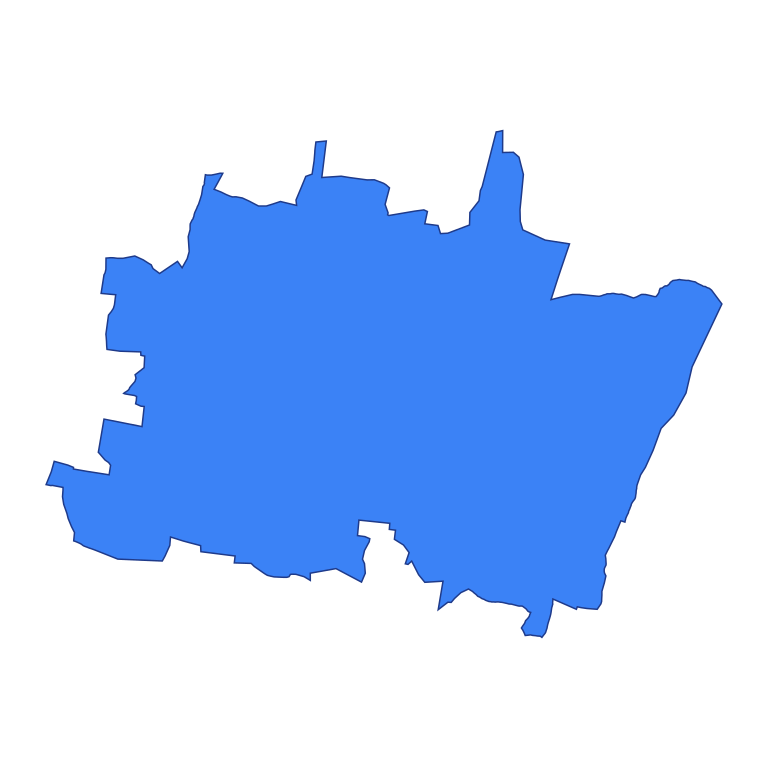 outline of Teabo, Yucatán, Mexico
{"feature_id": "50627088B52982407932693", "entity_name": "Teabo", "entity_type": "district", "adm_level": 2, "iso_a3": "MEX", "parent_name": "Mexico", "parent_adm1": "Yucatán", "projection": "robinson", "projection_center": [-89.217, 20.381], "detail": "fine", "context": "isolated", "style": "filled", "palette": "blue", "viewbox_px": 768, "rotation_deg": 0, "n_neighbors": 0, "source": "geoboundaries", "source_scale": "gbopen_adm2", "svg_char_len": 5699}
<svg xmlns="http://www.w3.org/2000/svg" viewBox="0 0 768 768"><path d="M315.9,142.0L314.9,150.3L314.8,152.4L314.1,160.9L312.1,174.1L305.8,176.4L301.6,186.6L296.0,200.0L296.6,205.4L280.4,201.5L273.2,203.9L266.4,206.0L261.4,206.0L258.5,206.0L249.1,201.1L242.4,198.0L236.0,196.8L232.4,196.9L229.9,196.1L226.3,194.6L221.2,192.1L217.7,190.7L214.1,189.3L217.7,182.8L219.8,178.9L221.6,175.6L222.8,173.3L220.2,173.2L216.7,174.0L214.3,174.5L211.3,175.1L207.1,175.1L205.4,174.7L204.3,182.7L204.5,183.4L203.9,185.2L202.9,186.4L201.6,194.7L200.1,199.6L198.5,204.4L197.2,206.9L197.0,207.7L194.8,212.5L194.2,214.4L193.8,216.7L193.3,217.6L193.1,218.7L192.7,219.2L192.1,220.0L190.2,223.9L190.1,225.7L190.1,229.6L188.2,236.7L189.2,251.6L187.2,258.7L182.1,267.8L177.5,261.4L159.6,273.5L153.0,268.6L151.2,264.8L149.1,263.6L148.3,263.1L147.0,262.3L143.3,259.9L134.8,256.0L123.0,258.3L122.4,258.3L117.6,258.3L113.5,257.8L110.8,257.7L106.0,258.1L105.9,269.2L105.2,272.4L104.7,273.6L104.5,273.9L104.0,274.8L101.1,293.4L111.8,294.4L115.7,294.7L115.1,299.5L114.9,301.3L114.4,305.0L113.4,308.3L111.3,311.6L108.5,315.1L105.9,334.2L106.2,337.1L106.5,341.4L106.7,346.1L107.0,349.4L120.0,351.2L140.7,351.9L140.9,355.3L142.6,355.7L144.7,356.1L144.1,367.7L135.1,374.7L136.0,378.1L135.0,381.4L131.0,386.0L129.7,387.6L129.2,389.0L128.1,390.3L126.3,391.6L124.6,392.6L123.7,393.4L125.0,393.9L134.5,395.5L136.6,396.5L136.3,400.4L135.6,403.8L141.0,406.2L144.2,406.5L142.0,426.6L104.0,419.1L98.9,449.0L98.3,452.3L98.9,452.9L105.0,460.0L108.6,462.5L110.6,465.2L109.1,474.8L89.3,471.7L87.8,471.5L73.4,469.0L73.5,467.4L67.9,465.1L54.2,461.3L51.3,471.7L46.1,484.6L50.9,485.6L52.3,485.4L63.0,487.4L63.0,490.1L62.5,496.7L63.7,504.3L66.9,513.4L68.2,518.6L71.5,526.6L74.5,532.5L73.7,540.9L75.3,541.4L77.7,542.4L79.5,543.2L81.2,544.1L81.9,544.6L82.5,545.1L83.5,545.8L84.2,546.1L85.2,546.5L86.6,547.0L89.4,548.1L90.7,548.5L92.4,549.1L93.8,549.6L96.9,550.8L117.8,559.1L162.3,561.0L165.1,555.9L165.9,554.1L169.8,545.4L170.5,537.0L176.3,538.8L183.2,541.0L189.5,542.7L200.6,545.6L200.9,551.7L235.1,556.0L234.3,562.9L251.2,563.4L254.3,566.5L264.5,573.6L267.3,575.3L270.4,576.1L274.1,576.9L283.3,577.3L286.9,577.3L289.0,576.7L290.4,574.4L291.9,574.2L295.9,574.3L304.1,576.7L310.3,580.4L310.3,573.2L336.0,568.6L361.5,582.1L365.3,573.2L364.5,563.6L362.5,559.2L364.5,550.5L369.2,541.8L369.8,538.7L364.9,536.6L357.5,535.6L358.8,521.5L358.9,520.1L389.8,523.3L389.3,529.4L395.5,530.2L394.4,539.3L403.5,545.0L409.1,552.6L405.3,563.8L408.0,564.4L411.7,561.1L418.6,574.7L424.8,582.3L443.0,581.2L438.2,609.7L447.9,602.2L451.2,602.4L454.5,598.5L460.9,592.6L463.5,591.4L468.5,589.0L470.6,590.3L472.6,591.5L473.7,592.6L476.1,594.5L477.8,596.3L479.7,597.1L480.0,597.3L481.9,598.6L483.0,599.0L484.2,599.4L485.6,600.3L488.9,601.5L490.8,601.7L491.9,602.0L493.2,601.9L495.3,602.1L497.2,601.9L498.3,601.9L500.4,602.2L501.6,602.3L502.8,602.5L505.4,603.1L507.2,603.5L508.9,604.0L510.5,604.1L511.2,604.1L511.3,604.1L518.1,605.9L519.2,606.1L521.1,606.0L522.5,606.2L526.0,608.8L528.0,611.3L529.3,612.0L530.7,612.4L529.7,614.8L529.3,616.3L527.7,618.5L525.6,620.6L524.6,623.3L522.6,626.1L521.4,628.0L521.8,628.7L522.4,629.5L523.0,630.5L524.2,633.0L525.2,635.5L527.2,635.3L528.1,635.2L530.5,634.9L532.6,635.4L535.7,635.7L537.3,636.0L540.2,636.2L541.1,636.8L541.9,637.4L543.4,635.4L545.1,633.3L545.7,632.2L546.2,630.5L547.0,628.2L547.3,626.5L547.7,624.6L548.3,622.5L549.5,618.7L550.3,615.9L550.7,614.3L551.0,612.7L551.7,607.8L552.3,605.8L552.5,604.9L552.8,604.1L552.6,602.9L552.8,600.7L552.9,599.0L576.4,609.3L577.3,606.8L580.9,607.6L587.0,608.5L597.2,609.3L600.9,603.9L601.6,601.5L601.7,598.5L601.9,595.0L601.9,591.3L603.6,585.4L604.3,583.1L605.9,575.9L604.5,573.0L604.2,571.2L604.2,569.9L604.4,568.4L605.1,566.9L606.0,565.1L606.1,563.8L605.8,558.6L605.3,555.2L606.8,552.1L607.6,550.5L608.6,548.7L612.1,541.6L614.5,536.8L616.1,532.4L616.6,531.1L620.9,520.8L624.9,522.1L625.9,518.0L627.2,515.1L628.4,512.8L628.7,511.2L629.9,508.6L630.1,507.8L630.5,506.9L631.2,505.1L631.3,504.2L632.0,502.9L632.9,501.5L634.3,499.7L635.0,498.7L635.5,497.1L635.7,495.3L636.0,493.6L636.1,492.6L636.2,490.6L636.7,488.4L636.7,487.1L637.0,485.3L637.7,483.2L640.6,474.9L645.4,467.3L653.1,450.3L661.1,428.4L673.7,415.1L686.0,393.0L692.1,366.9L721.9,304.0L711.6,290.2L709.4,288.4L706.6,287.4L705.6,286.6L703.2,286.3L702.0,285.5L700.9,285.0L698.7,284.0L697.0,283.1L695.6,282.1L694.8,281.8L693.0,281.5L690.4,280.9L688.6,280.4L687.2,280.4L686.1,280.4L682.6,280.0L681.4,279.9L679.4,279.5L676.5,280.1L675.5,280.2L674.0,280.4L673.0,280.5L671.7,281.4L670.2,282.5L669.7,283.5L668.5,284.8L667.7,285.3L666.9,285.9L665.4,285.9L664.5,286.2L662.2,288.0L660.2,288.4L659.3,290.5L659.0,292.3L658.3,293.6L657.1,295.3L656.2,296.5L654.8,296.6L653.7,296.4L650.5,295.6L645.6,294.5L642.6,294.4L641.3,294.5L636.6,296.9L633.5,298.0L629.8,296.7L626.6,295.5L621.6,294.1L618.8,294.3L617.5,294.1L616.0,293.9L613.7,293.4L612.1,293.4L610.1,293.8L608.4,293.8L607.0,293.8L605.8,294.4L603.7,294.9L601.7,295.7L599.9,296.2L598.5,296.3L579.5,294.4L572.6,294.4L563.3,296.6L560.6,297.2L551.0,299.7L557.4,279.7L560.8,269.5L569.5,243.9L545.2,240.1L522.8,229.9L520.3,221.5L520.0,209.7L521.6,193.3L523.4,174.5L521.8,168.3L519.7,160.0L519.0,157.2L513.4,152.3L502.6,152.5L502.7,130.6L497.8,131.7L497.6,131.7L496.2,131.9L491.2,151.4L489.6,157.7L487.6,165.5L482.2,186.5L480.4,190.5L480.1,192.6L479.0,200.8L469.9,212.4L469.5,225.0L447.8,233.2L440.5,233.6L438.0,225.5L424.8,223.8L427.4,211.5L423.9,209.9L414.9,211.1L388.9,215.5L387.6,214.8L388.1,212.9L385.1,204.4L389.5,187.9L386.0,184.8L383.6,183.3L374.4,179.8L374.2,179.8L367.1,179.9L349.9,177.6L341.2,176.2L321.8,177.5L326.3,141.0L315.9,142.0Z" fill="#3b82f6" stroke="#1e3a8a" stroke-width="1.5"/></svg>